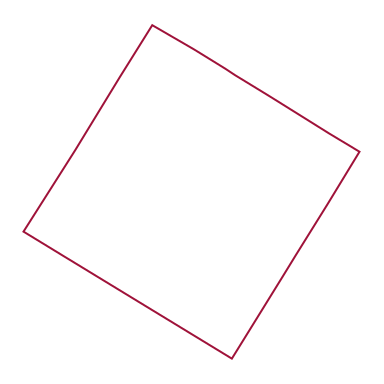 outline of Hamilton, Indiana, United States of America, rotated 212°
{"feature_id": "52423323B17191131032036", "entity_name": "Hamilton", "entity_type": "district", "adm_level": 2, "iso_a3": "USA", "parent_name": "United States of America", "parent_adm1": "Indiana", "projection": "albers", "projection_center": [-86.076, 40.073], "detail": "fine", "context": "isolated", "style": "outline", "palette": "rose", "viewbox_px": 384, "rotation_deg": 212, "n_neighbors": 0, "source": "geoboundaries", "source_scale": "gbopen_adm2", "svg_char_len": 394}
<svg xmlns="http://www.w3.org/2000/svg" viewBox="0 0 384 384"><g transform="rotate(212 192 192)"><path d="M69.9,71.8L70.0,101.2L70.3,169.1L70.5,193.4L70.6,253.9L71.3,314.9L95.1,314.5L107.2,314.3L119.4,314.3L176.6,314.3L217.5,313.9L228.8,314.2L265.8,314.0L314.1,312.4L314.1,300.1L314.1,250.9L313.2,165.6L313.9,69.1L266.7,69.6L69.9,71.8Z" fill="none" stroke="#9f1239" stroke-width="2"/></g></svg>